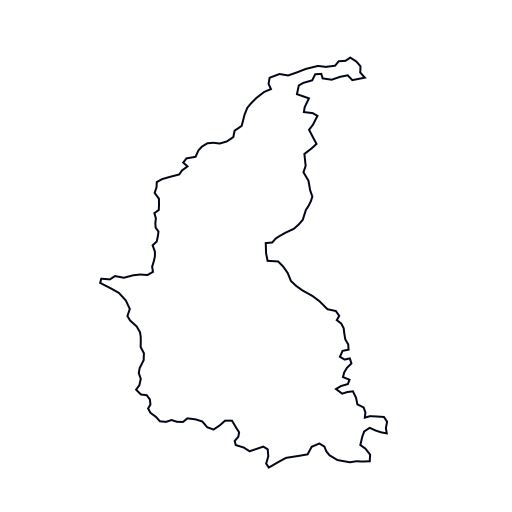 Abatiá, Paraná, Brazil, rotated 97°
{"feature_id": "56859067B75283537526286", "entity_name": "Abatiá", "entity_type": "district", "adm_level": 2, "iso_a3": "BRA", "parent_name": "Brazil", "parent_adm1": "Paraná", "projection": "equal_earth", "projection_center": [-50.32, -23.304], "detail": "fine", "context": "isolated", "style": "outline", "palette": "ink", "viewbox_px": 512, "rotation_deg": 97, "n_neighbors": 0, "source": "geoboundaries", "source_scale": "gbopen_adm2", "svg_char_len": 2834}
<svg xmlns="http://www.w3.org/2000/svg" viewBox="0 0 512 512"><g transform="rotate(97 256 256)"><path d="M403.3,358.7L407.5,353.3L407.5,347.5L411.4,343.8L416.3,342.7L420.5,344.5L424.5,341.7L428.0,335.5L431.8,331.2L431.6,325.1L429.1,319.8L430.2,314.2L429.6,308.2L425.5,304.3L425.5,296.3L426.8,289.1L431.9,283.6L433.4,277.0L428.7,271.5L423.2,266.6L422.4,259.7L429.1,254.6L433.0,251.3L437.5,251.5L442.2,254.6L446.1,253.1L447.6,244.8L450.6,238.6L444.3,225.5L446.5,220.8L453.3,219.4L460.8,220.6L464.4,217.5L457.6,208.5L452.7,201.6L449.1,188.9L446.6,180.6L438.6,177.5L434.4,170.3L436.8,164.9L441.3,162.4L444.8,158.8L448.6,150.3L449.3,137.6L447.5,131.5L447.1,125.8L445.9,118.1L439.3,118.5L433.9,123.9L430.9,129.4L422.4,128.5L416.9,127.2L412.7,122.2L414.7,115.8L415.8,110.1L416.1,104.6L411.1,106.1L404.5,105.7L400.2,109.4L400.6,117.1L401.1,123.3L403.2,128.3L398.0,128.3L393.2,130.7L390.9,137.3L384.6,139.4L378.5,143.3L379.8,148.5L382.1,153.7L378.3,160.4L374.7,155.8L371.9,149.2L367.4,148.1L365.6,154.9L360.9,154.3L355.9,152.1L351.0,148.2L346.2,150.4L348.0,155.4L345.8,160.4L339.6,158.5L337.7,152.7L332.5,153.7L327.9,157.2L322.2,158.9L317.2,160.1L312.7,163.1L309.8,168.0L305.3,166.1L300.9,170.0L300.1,178.6L293.3,187.3L288.8,195.1L284.5,205.7L280.7,212.7L276.5,218.3L269.1,222.4L263.1,227.8L258.7,233.4L259.4,243.9L252.2,246.3L242.0,247.9L240.6,241.5L236.3,238.6L233.2,234.9L229.1,229.3L224.4,221.8L219.6,217.5L214.4,214.0L204.2,212.1L199.5,209.8L194.8,208.2L190.2,207.3L184.1,210.3L179.1,211.8L174.9,213.1L167.1,219.1L160.5,217.7L148.8,220.4L142.5,214.0L137.4,209.6L131.7,213.6L124.3,218.7L118.6,215.4L109.4,212.1L107.3,217.1L107.3,226.0L102.3,225.8L93.1,222.7L90.4,235.1L81.5,234.3L78.4,230.1L74.8,221.6L68.4,219.4L67.3,213.4L71.6,211.5L71.8,202.4L67.9,194.3L65.5,187.0L69.7,181.8L65.7,169.7L61.2,174.9L55.0,175.4L50.8,180.0L47.6,186.6L51.4,191.0L52.6,197.6L57.5,200.7L59.8,209.8L59.8,217.7L64.3,229.5L68.7,237.6L72.9,246.1L72.5,254.8L77.4,264.2L83.6,264.5L88.5,261.5L92.1,267.8L99.0,274.8L105.3,279.7L110.0,282.7L117.2,284.6L124.3,285.5L128.6,286.1L134.2,292.5L140.7,293.0L145.8,298.8L148.8,305.7L148.8,311.9L150.0,317.9L153.9,322.9L158.2,326.0L164.9,328.1L167.6,336.9L172.2,339.6L175.4,334.9L180.1,339.9L184.4,342.1L188.0,351.2L191.1,358.5L194.7,363.5L199.9,363.1L205.7,364.3L211.0,359.3L217.1,358.5L222.1,358.1L225.9,362.1L230.7,360.0L235.7,359.9L240.0,359.1L243.6,355.8L248.1,355.8L253.7,356.3L258.0,359.9L263.9,356.9L268.4,356.3L273.2,356.7L279.3,357.8L284.3,356.3L288.1,361.4L288.5,368.7L290.1,375.5L293.7,384.5L293.1,393.5L297.0,398.1L297.4,406.8L301.7,407.4L306.2,395.2L309.4,387.5L316.1,379.7L324.0,374.8L331.2,376.3L335.3,373.2L340.5,365.8L345.9,361.8L350.2,360.6L355.2,359.9L360.4,359.4L366.2,355.4L373.0,354.8L381.4,357.8L386.4,358.1L392.0,355.4L398.4,356.0L403.3,358.7Z" fill="none" stroke="#020617" stroke-width="2"/></g></svg>